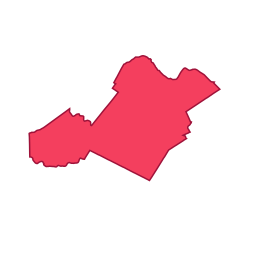 Galateni, Teleorman, Romania (Natural Earth projection), rotated 147°
{"feature_id": "2599482B36470175695106", "entity_name": "Galateni", "entity_type": "district", "adm_level": 2, "iso_a3": "ROU", "parent_name": "Romania", "parent_adm1": "Teleorman", "projection": "natural_earth1", "projection_center": [25.383, 44.233], "detail": "fine", "context": "isolated", "style": "filled", "palette": "rose", "viewbox_px": 256, "rotation_deg": 147, "n_neighbors": 0, "source": "geoboundaries", "source_scale": "gbopen_adm2", "svg_char_len": 5578}
<svg xmlns="http://www.w3.org/2000/svg" viewBox="0 0 256 256"><g transform="rotate(147 128 128)"><path d="M87.5,183.1L88.8,182.9L89.9,182.7L90.8,182.7L91.5,182.8L92.5,183.3L93.4,183.6L94.1,183.6L94.5,183.5L95.4,183.4L95.9,183.5L96.4,183.7L96.7,183.7L97.0,183.6L101.1,181.5L110.0,176.5L110.7,176.2L115.2,173.7L114.3,171.7L115.3,171.5L119.4,169.8L118.7,168.1L116.7,163.3L124.4,160.6L129.2,159.0L137.9,156.3L141.8,155.0L144.7,154.0L144.8,154.0L145.0,153.9L147.2,153.2L148.4,152.8L153.3,151.2L156.5,150.1L156.9,150.0L157.2,149.9L157.5,150.1L157.6,150.3L157.7,150.5L157.6,151.0L156.9,152.0L156.3,153.1L156.2,153.3L156.2,153.9L156.4,154.5L156.6,155.0L157.2,155.8L157.6,156.3L158.0,156.6L158.4,156.7L158.9,156.8L160.1,157.2L160.6,157.4L160.8,157.5L160.9,157.9L160.9,158.4L160.7,159.1L160.5,159.5L160.0,160.0L159.8,160.5L159.6,160.8L159.1,161.3L159.0,161.5L159.0,162.1L159.1,162.4L159.5,162.8L161.4,164.3L161.6,164.5L161.7,164.8L161.7,165.0L161.4,165.9L161.3,166.1L161.4,166.3L161.5,166.5L161.9,166.8L162.6,167.1L163.2,167.4L164.3,167.5L165.5,167.3L165.8,167.3L166.1,167.4L167.2,167.5L167.6,167.7L167.9,168.1L168.0,168.3L168.1,168.9L168.1,169.6L168.1,170.0L168.1,170.5L168.2,171.4L168.3,172.4L168.3,173.3L168.2,173.5L167.7,174.3L167.2,174.8L166.8,175.3L166.4,176.0L170.7,175.7L182.5,175.1L197.5,174.3L199.3,174.3L201.2,174.5L202.2,174.4L203.3,174.7L205.2,175.4L206.0,175.6L208.7,175.4L209.9,176.0L211.3,176.9L212.0,176.9L212.4,177.0L212.7,177.2L213.5,177.3L213.8,177.3L213.9,177.2L215.5,174.3L219.3,168.1L224.4,160.0L226.1,157.2L225.6,156.9L225.0,156.2L224.8,155.9L224.6,155.5L224.5,155.2L224.4,154.8L224.4,154.6L224.5,154.2L225.0,153.2L225.1,152.9L225.1,152.0L224.9,150.4L224.8,149.5L224.6,148.9L224.1,148.2L223.8,147.9L223.6,147.7L223.3,147.6L222.5,147.6L221.5,147.7L220.1,147.6L219.7,147.4L218.9,147.2L218.0,146.4L217.9,146.2L217.9,145.6L218.1,144.9L218.0,144.6L217.9,144.3L217.9,144.2L218.0,143.8L218.1,143.7L218.3,143.6L218.5,143.4L218.6,143.1L218.6,142.4L217.9,140.7L217.7,140.4L217.4,140.1L216.7,139.8L216.2,139.4L215.6,139.1L215.0,138.9L214.5,138.6L212.2,136.8L211.2,136.1L210.9,135.9L210.5,135.5L210.3,135.1L209.7,134.7L209.4,134.5L209.0,134.4L207.5,134.7L207.0,134.6L206.6,134.4L206.1,133.7L205.5,133.0L205.2,132.6L204.6,132.3L204.3,132.1L203.5,131.7L203.4,131.6L203.1,131.3L202.7,130.9L202.3,130.7L202.0,130.4L201.8,130.3L201.3,130.2L201.0,130.1L200.5,130.2L200.2,130.3L199.7,130.4L198.9,130.9L198.5,131.1L197.8,131.3L196.9,131.3L196.0,131.0L196.0,130.9L195.7,130.5L195.1,129.8L194.8,129.4L193.4,128.4L192.8,128.0L192.5,127.8L192.0,127.7L189.9,126.5L189.5,126.4L188.7,126.3L188.2,126.5L187.6,126.8L187.3,127.0L186.1,128.0L185.5,128.3L185.1,128.5L184.9,128.6L184.4,128.7L184.2,128.5L183.9,128.2L183.4,127.3L183.2,127.0L182.9,126.8L182.7,126.5L182.0,126.1L182.0,125.8L181.9,125.7L181.5,125.5L180.5,126.1L178.9,126.9L172.2,130.0L168.8,124.2L167.3,121.5L167.2,121.4L167.0,121.2L166.9,121.1L165.1,118.0L164.5,116.9L163.8,115.7L162.0,112.5L160.5,110.1L158.2,106.1L158.0,105.8L156.5,103.2L155.4,101.2L154.7,100.1L153.5,98.0L152.9,97.2L152.7,96.8L152.5,96.5L151.8,95.2L151.2,94.1L150.7,93.2L150.3,92.6L149.4,90.9L148.0,88.5L147.7,87.9L146.8,86.5L144.6,82.7L143.7,81.2L143.2,80.3L142.5,79.1L141.4,77.3L141.0,76.5L139.7,74.3L139.5,74.0L138.6,72.3L135.3,73.7L125.9,78.0L117.0,82.2L114.5,83.4L112.9,84.0L107.6,86.6L105.9,87.4L99.9,87.4L91.9,87.3L88.3,87.3L88.2,87.4L85.5,87.3L84.7,87.3L84.8,87.6L84.8,88.5L84.7,89.0L84.5,89.3L84.5,89.5L84.4,89.9L84.4,90.0L84.5,90.5L85.1,91.0L85.4,91.3L85.8,91.9L81.7,91.3L80.4,91.0L78.4,90.9L78.2,90.8L78.1,91.5L78.2,92.4L78.1,92.8L78.0,93.1L78.0,93.6L78.0,93.9L78.1,94.6L78.1,94.9L78.0,95.3L77.6,95.9L77.4,96.2L77.2,96.4L76.8,96.7L76.4,96.8L75.8,96.9L75.1,96.9L74.6,97.0L74.4,97.0L74.1,97.1L73.4,97.5L73.2,97.6L72.2,97.9L72.0,98.0L71.8,98.4L71.7,98.5L72.3,98.7L71.4,104.2L70.5,110.1L53.3,110.3L46.2,110.4L44.9,110.3L37.5,110.5L29.9,110.5L31.0,115.9L31.5,118.3L31.6,119.4L30.8,119.4L30.6,119.5L32.6,121.1L32.9,121.4L33.0,121.5L33.3,122.3L33.6,123.5L34.3,126.9L35.0,130.6L35.2,131.4L36.3,133.8L37.0,135.2L37.2,135.7L37.4,136.3L37.8,137.3L38.2,138.5L38.4,138.9L38.8,139.7L39.4,140.4L39.5,140.6L39.7,140.8L40.2,141.1L42.1,142.1L42.5,142.0L43.4,142.3L44.3,142.5L44.7,142.7L45.3,143.0L45.5,143.3L45.7,143.7L45.9,144.2L46.6,145.8L47.1,146.9L47.3,147.0L47.7,147.3L48.1,147.5L48.7,147.5L49.7,147.3L50.3,147.1L51.2,146.8L53.3,146.0L55.1,145.1L57.3,143.9L58.3,143.3L58.7,143.3L58.9,143.2L60.0,142.7L60.4,142.6L60.9,142.6L61.3,142.7L63.5,143.9L64.0,144.2L64.4,144.7L65.2,146.1L65.3,146.4L65.5,146.5L66.2,146.7L67.1,147.3L67.3,147.4L67.5,147.7L68.1,149.3L68.4,150.5L68.9,151.6L69.1,152.0L69.6,153.2L69.7,153.7L69.8,154.2L69.9,154.8L70.1,155.4L70.1,155.7L70.3,156.5L70.4,157.2L70.5,158.7L70.5,159.0L70.7,159.4L70.9,159.5L71.2,159.8L71.4,160.0L71.5,160.3L71.6,160.5L71.6,161.2L71.5,161.6L71.5,162.1L71.5,162.5L71.6,163.1L71.6,163.5L71.7,163.9L71.7,164.3L71.5,165.5L71.5,166.6L71.6,167.1L71.5,167.5L71.5,168.0L71.4,168.4L71.5,168.8L71.7,169.2L71.7,169.3L72.0,169.6L72.4,170.3L72.3,170.7L72.2,171.2L72.0,171.9L71.9,172.4L71.5,172.5L71.4,172.6L71.4,172.8L71.5,173.4L71.7,174.0L71.9,174.1L72.0,174.2L72.3,174.2L72.7,174.3L72.8,174.4L72.9,174.6L73.0,174.9L73.0,175.4L73.2,176.0L73.1,176.3L73.4,176.9L73.6,177.4L73.8,177.7L74.1,177.9L74.2,178.3L74.4,178.5L74.5,178.8L74.8,179.1L75.2,179.6L75.6,180.0L76.2,180.5L77.4,181.0L78.5,181.2L80.1,181.5L81.4,182.2L81.6,182.4L82.0,182.7L82.6,183.0L82.9,183.3L83.4,183.3L83.6,183.3L83.9,183.2L84.4,183.2L85.8,182.9L86.3,182.9L86.6,183.1L86.9,183.1L87.0,183.1L87.5,183.1Z" fill="#f43f5e" stroke="#9f1239" stroke-width="1.5"/></g></svg>